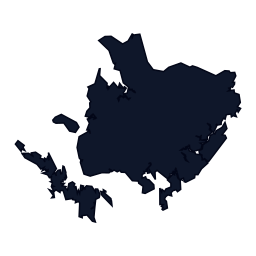 Mkoani, Kusini-Pemba, United Republic of Tanzania
{"feature_id": "72390352B13842693360807", "entity_name": "Mkoani", "entity_type": "district", "adm_level": 2, "iso_a3": "TZA", "parent_name": "United Republic of Tanzania", "parent_adm1": "Kusini-Pemba", "projection": "orthographic", "projection_center": [39.684, -5.384], "detail": "fine", "context": "isolated", "style": "filled", "palette": "ink", "viewbox_px": 256, "rotation_deg": 0, "n_neighbors": 0, "source": "geoboundaries", "source_scale": "gbopen_adm2", "svg_char_len": 5844}
<svg xmlns="http://www.w3.org/2000/svg" viewBox="0 0 256 256"><path d="M147.4,61.9L139.8,34.2L135.0,34.8L132.8,35.6L132.8,36.4L132.2,36.7L132.5,37.0L132.4,37.8L132.2,38.0L132.1,36.6L133.3,34.6L132.2,34.0L128.1,41.0L122.6,44.0L111.1,36.3L105.0,36.5L98.7,40.5L109.0,50.4L113.3,62.9L114.5,64.1L114.8,63.3L115.6,63.2L114.2,68.8L120.1,70.5L123.3,82.8L128.7,87.2L129.5,89.4L132.2,89.3L132.8,90.9L134.1,90.7L135.6,92.9L132.5,91.1L131.7,89.7L129.7,90.0L128.3,88.2L127.3,93.0L124.4,93.8L127.2,97.4L127.8,99.0L128.3,99.1L129.3,98.2L130.0,98.2L128.8,99.7L127.4,98.8L125.1,96.1L123.4,97.7L120.3,95.7L120.1,97.4L119.2,98.2L117.9,98.5L119.3,99.7L118.7,100.9L117.7,98.3L120.1,95.5L124.2,96.8L123.3,92.9L126.2,88.1L124.0,86.3L125.1,88.6L123.4,88.3L119.6,83.3L118.7,86.5L121.0,87.9L118.1,87.8L113.6,82.4L109.7,86.8L107.3,85.8L108.9,88.6L108.0,89.5L106.8,87.5L107.1,83.2L99.6,75.6L100.1,68.7L99.3,68.8L94.9,83.8L87.9,87.0L89.1,88.6L87.2,96.0L90.9,101.8L89.7,103.0L90.0,107.7L86.9,111.2L85.3,116.2L90.4,117.5L90.7,115.7L92.5,114.3L93.2,114.2L96.0,117.6L95.6,118.5L95.3,118.6L94.4,117.7L94.4,118.7L93.2,119.7L94.4,117.6L95.8,117.7L93.1,114.3L91.4,116.7L92.7,117.3L89.9,118.0L90.2,119.5L89.3,118.0L87.3,119.1L89.4,123.1L86.8,129.9L89.4,129.8L90.4,133.8L88.4,129.9L87.7,131.9L79.1,136.7L77.1,147.5L79.3,158.1L81.6,160.7L82.4,159.8L82.5,159.8L82.1,161.3L80.8,160.2L80.4,162.4L84.0,174.1L90.2,176.1L101.8,172.7L109.0,172.8L111.5,170.8L110.2,170.8L108.9,168.7L111.6,170.4L111.9,171.5L114.1,170.1L117.2,171.8L119.8,170.5L121.2,172.2L125.3,172.4L132.3,180.7L138.4,181.1L138.7,183.2L143.1,186.3L142.4,192.8L145.1,193.4L154.1,188.8L153.8,184.8L149.1,179.9L146.4,179.1L145.6,176.8L142.1,178.2L142.1,174.5L144.8,173.0L143.9,171.4L146.5,171.5L146.2,169.5L150.8,164.6L150.2,163.0L149.1,163.5L148.9,163.5L148.9,163.0L149.1,163.4L149.6,162.9L150.2,162.8L150.7,163.1L151.1,164.7L147.6,168.7L147.6,173.2L149.5,172.8L149.5,170.0L155.4,179.5L155.0,172.2L157.0,170.3L167.5,178.7L170.2,175.8L169.9,174.0L173.0,173.2L172.6,172.1L173.2,171.3L174.8,172.5L174.6,171.4L175.6,170.9L175.2,170.0L175.5,169.9L175.4,169.0L176.2,167.6L175.9,171.3L176.7,170.8L178.8,178.7L182.1,180.1L181.7,178.7L183.5,178.1L184.2,181.7L185.8,182.2L194.6,177.8L195.0,174.6L197.9,174.7L201.5,168.8L207.7,163.2L204.7,159.2L202.2,160.0L201.3,154.9L195.5,154.1L195.2,152.8L189.3,150.8L187.6,146.7L185.9,149.3L184.5,149.3L183.2,148.3L182.6,149.6L182.2,150.0L181.7,150.2L180.6,150.1L183.4,148.2L185.9,148.9L185.6,146.9L187.9,146.3L189.0,147.4L188.5,146.5L189.3,144.4L189.9,148.8L193.5,151.5L201.2,149.0L202.0,144.3L200.4,143.2L205.2,142.7L206.6,140.8L199.7,140.0L201.0,136.2L199.6,137.6L195.4,135.8L199.4,136.9L201.1,135.9L200.5,139.4L201.6,140.0L207.3,139.3L207.3,136.5L211.8,132.4L209.3,129.5L210.2,126.3L207.0,123.2L209.9,124.6L210.9,127.0L210.1,129.2L213.6,132.4L216.8,125.7L216.1,124.9L217.1,123.7L216.8,125.2L221.1,124.4L221.3,121.7L223.6,118.2L225.1,119.2L226.3,114.7L230.9,114.0L231.4,116.8L233.1,115.7L236.4,116.7L235.0,113.4L237.1,109.9L238.2,112.2L240.6,108.4L237.4,106.8L240.3,102.5L239.0,94.5L234.4,92.9L234.0,90.0L228.3,90.9L230.5,88.9L230.2,88.4L229.5,88.6L228.6,88.2L228.3,87.5L229.6,88.6L230.9,86.8L232.5,87.3L234.5,84.2L234.6,82.3L232.5,82.4L235.8,75.9L234.7,72.4L230.2,72.7L229.1,71.0L224.8,70.7L215.9,75.8L197.2,67.4L192.5,65.9L189.9,67.2L180.9,63.0L168.8,67.3L163.6,71.6L153.2,69.7L147.4,61.9ZM185.6,156.7L181.1,152.3L185.5,155.0L185.6,158.6L187.6,161.3L185.6,160.4L184.2,157.4L185.6,156.7ZM35.6,152.2L31.2,152.9L31.1,153.4L32.9,155.5L32.9,156.3L28.6,153.3L22.0,153.4L22.8,154.8L25.1,154.0L23.8,156.1L24.9,157.7L37.0,164.3L40.9,169.1L44.1,167.4L42.3,170.7L46.1,168.8L45.0,170.0L46.1,170.7L48.0,169.6L48.2,171.3L42.6,173.2L47.6,174.8L49.4,177.7L52.0,176.3L50.9,177.9L51.7,181.2L50.4,181.7L52.4,182.6L51.5,186.1L53.4,185.9L54.2,186.4L51.7,187.2L53.3,190.2L52.6,191.2L49.2,189.7L53.4,195.5L51.7,197.8L54.4,197.5L53.6,192.1L55.9,189.8L60.0,192.4L60.2,190.6L63.1,190.5L65.9,199.6L72.7,198.5L72.6,199.6L75.7,200.2L75.4,202.7L78.6,201.5L79.7,203.1L79.1,216.6L82.2,217.7L82.1,215.6L87.0,215.0L92.4,221.2L95.4,222.0L93.9,217.3L94.8,207.4L90.5,209.2L94.9,205.6L93.7,201.8L95.1,204.7L95.7,199.3L99.2,197.6L99.9,194.4L97.7,189.1L95.5,189.0L95.5,192.2L91.8,186.4L86.5,185.8L84.7,187.6L85.4,189.8L84.0,188.0L81.4,191.1L83.5,186.0L80.8,185.3L79.7,193.5L78.4,190.2L77.3,193.4L75.8,186.0L75.3,187.9L73.9,186.3L74.8,183.7L72.4,181.9L68.9,183.6L67.5,190.1L65.2,187.8L66.0,186.6L62.1,185.8L64.3,183.5L61.0,183.6L61.1,181.7L63.1,181.7L62.8,180.0L65.2,179.8L66.6,177.4L66.2,175.6L65.3,177.9L63.9,178.0L65.5,177.2L65.9,172.4L64.1,166.7L63.0,166.1L61.9,173.6L60.7,173.8L60.2,169.9L58.0,170.3L56.0,172.7L56.3,175.9L55.0,173.1L52.9,174.1L56.4,168.6L48.4,152.6L49.3,160.4L47.5,157.0L46.7,159.4L44.7,158.2L44.8,162.1L43.4,159.0L40.3,158.5L40.9,155.8L35.6,152.2ZM225.0,122.4L222.0,127.4L216.2,130.8L214.9,133.9L214.0,133.1L210.2,135.8L208.6,141.1L202.9,144.8L202.3,149.1L199.0,150.8L199.5,153.8L201.9,154.9L202.5,159.6L204.5,158.6L208.5,161.7L226.4,138.1L225.1,135.3L222.1,134.8L226.9,128.6L225.0,122.4ZM176.1,172.9L174.2,173.1L174.5,174.8L172.9,174.1L167.4,179.9L170.9,183.2L170.9,187.0L165.9,189.0L164.5,191.5L162.1,189.5L161.7,192.0L159.8,188.1L159.9,204.6L163.2,204.6L161.4,206.4L163.1,207.5L162.0,209.2L163.0,210.1L167.4,208.0L166.4,201.3L164.4,199.2L165.7,196.7L167.9,194.9L171.7,195.9L171.1,192.8L172.8,190.8L176.0,189.7L177.5,191.7L180.7,189.4L180.2,180.3L178.0,178.5L176.1,172.9ZM61.3,114.4L55.3,117.2L52.8,120.1L53.4,121.9L55.9,123.2L63.8,123.0L69.6,131.1L75.4,132.4L79.0,127.1L76.4,122.5L61.3,114.4ZM103.3,189.7L103.4,192.2L100.7,191.4L102.0,195.4L112.0,205.7L111.5,201.0L109.7,201.0L111.2,200.4L110.9,198.6L104.0,192.6L103.6,191.1L105.8,192.0L105.9,191.3L103.3,189.7ZM24.2,145.4L18.0,140.7L15.4,144.1L21.1,151.3L21.7,149.1L24.8,150.5L23.0,147.3L24.2,145.4Z" fill="#0f172a" stroke="#020617" stroke-width="1.5"/></svg>